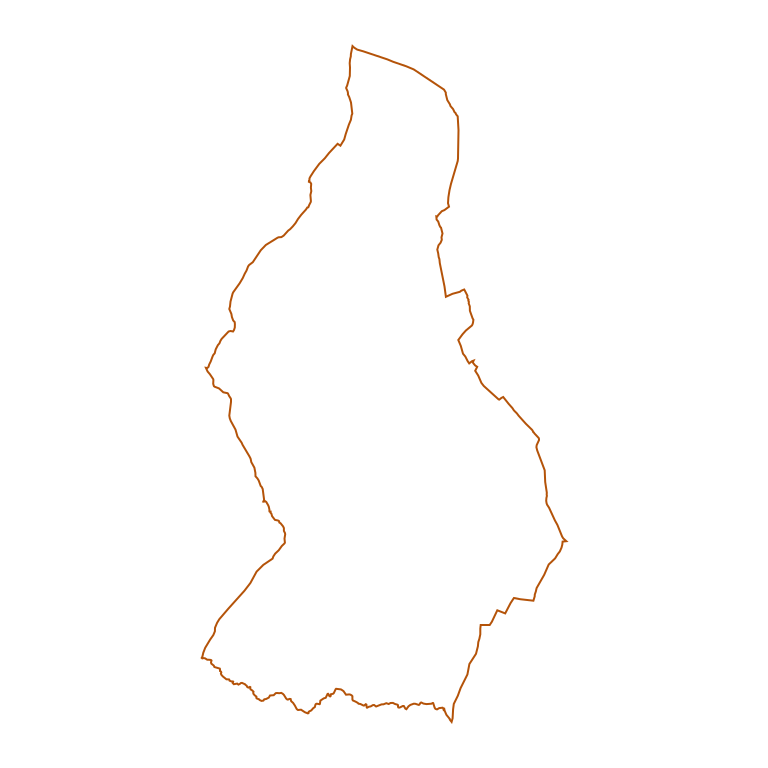 the district of Motavita, Boyacá, Colombia
{"feature_id": "7082276B58425641654458", "entity_name": "Motavita", "entity_type": "district", "adm_level": 2, "iso_a3": "COL", "parent_name": "Colombia", "parent_adm1": "Boyacá", "projection": "natural_earth1", "projection_center": [-73.383, 5.614], "detail": "fine", "context": "isolated", "style": "outline", "palette": "amber", "viewbox_px": 768, "rotation_deg": 0, "n_neighbors": 0, "source": "geoboundaries", "source_scale": "gbopen_adm2", "svg_char_len": 6102}
<svg xmlns="http://www.w3.org/2000/svg" viewBox="0 0 768 768"><path d="M445.8,92.6L444.0,89.6L413.7,69.4L406.3,66.3L393.2,61.8L387.4,59.4L363.2,51.3L357.2,49.6L354.1,47.6L352.5,46.1L350.9,54.0L350.8,56.4L350.1,59.2L349.7,63.2L350.0,67.5L349.8,76.0L347.1,85.7L346.2,87.6L346.2,88.2L347.6,91.3L348.0,93.2L347.9,94.4L349.2,97.0L351.0,102.5L352.3,113.7L351.6,115.4L350.9,119.8L348.9,124.6L345.7,134.1L344.2,139.5L340.4,145.7L337.6,143.8L329.1,152.9L324.8,158.3L319.3,163.8L313.9,171.1L310.5,176.4L309.5,178.3L309.4,180.5L309.0,180.7L308.9,181.8L310.4,182.4L311.2,183.9L310.9,187.8L311.3,191.1L310.4,195.0L310.9,201.0L310.8,201.9L309.2,205.0L308.3,207.3L307.3,207.5L305.9,209.6L301.3,214.7L298.0,219.0L295.5,223.1L292.8,226.4L290.1,229.2L288.2,230.6L283.7,235.6L281.4,237.1L278.5,237.3L277.4,237.8L265.8,245.0L260.8,250.2L252.8,262.2L249.1,265.0L248.1,266.4L246.5,270.6L244.7,273.8L242.8,278.0L239.7,283.2L233.2,292.3L232.6,293.6L230.5,301.6L230.0,306.4L229.3,309.0L231.4,314.0L231.9,317.0L233.2,320.5L234.7,322.1L234.9,324.2L234.8,327.5L234.0,330.0L233.0,331.5L230.6,331.0L228.6,331.5L221.7,338.8L220.5,340.7L219.4,343.4L217.9,345.1L216.6,347.6L215.7,349.4L214.7,353.3L213.3,354.9L212.6,356.4L210.7,361.5L209.2,364.5L208.5,366.9L207.3,368.0L205.9,367.8L207.6,371.5L209.9,374.2L213.2,379.1L213.4,379.9L213.2,383.8L213.9,386.1L214.6,386.7L219.0,388.4L223.3,392.3L227.6,393.2L228.1,393.8L229.2,396.1L230.6,398.2L231.0,399.1L231.0,401.9L229.3,415.6L229.8,418.4L230.8,421.0L235.5,429.6L237.5,436.6L241.7,442.8L242.5,444.7L249.5,456.5L250.6,458.7L251.3,462.1L254.4,467.7L255.4,472.9L255.5,476.3L257.4,478.4L258.7,480.5L260.7,486.0L261.6,486.8L262.7,489.0L264.1,499.8L263.3,501.6L263.8,501.7L265.2,501.2L266.3,502.0L268.2,505.3L268.8,506.8L269.4,509.5L269.4,511.2L269.6,511.6L270.6,511.6L270.6,512.8L271.4,513.7L272.1,516.2L274.4,519.2L275.0,519.9L278.0,520.5L279.1,521.2L279.3,522.5L280.6,523.3L283.1,526.4L283.9,528.1L283.9,530.9L285.0,533.1L285.2,534.3L284.5,538.6L284.9,542.7L284.4,543.5L281.8,546.0L278.7,550.3L275.2,553.6L273.3,556.5L272.6,558.6L263.3,564.9L256.6,571.6L250.4,583.0L244.4,590.8L228.4,608.6L219.3,619.2L217.1,622.8L215.0,627.8L214.9,631.3L213.3,635.1L210.2,639.5L205.2,647.8L203.3,652.7L202.4,656.6L201.7,657.9L202.3,658.4L203.3,658.1L205.0,658.3L207.2,659.7L210.0,659.8L211.3,660.2L211.5,660.5L211.0,662.3L211.3,663.6L213.8,665.6L214.4,667.0L219.8,668.6L220.0,669.1L220.0,671.0L220.9,671.5L221.3,672.3L220.9,673.7L221.4,674.8L222.8,676.4L226.4,679.3L228.9,679.4L229.2,679.5L229.6,680.7L231.7,681.5L232.9,681.4L233.2,681.7L232.7,683.0L233.8,684.2L237.2,683.6L238.4,684.6L239.7,684.0L241.0,683.0L242.0,682.9L245.1,684.3L245.5,684.9L246.7,685.7L247.0,686.7L247.9,687.4L248.4,687.6L249.9,686.9L250.3,687.1L250.3,688.7L250.6,689.4L252.2,690.4L253.5,691.7L253.2,692.8L253.5,693.9L254.7,695.3L256.4,696.6L256.3,697.8L256.7,698.4L259.2,699.4L259.6,700.0L261.5,700.9L263.4,700.6L264.3,699.3L266.1,699.0L268.8,697.6L270.0,695.5L273.7,695.2L275.7,693.2L276.9,693.0L279.3,693.2L281.3,692.9L282.8,693.8L283.9,694.9L286.2,698.6L287.3,699.5L288.2,699.5L289.4,698.9L290.6,699.0L291.2,701.2L293.1,702.9L294.9,705.6L296.7,709.0L297.5,709.7L298.0,710.0L301.0,709.7L305.0,712.3L307.9,713.4L308.5,713.1L308.6,712.0L309.1,711.5L311.3,710.4L313.2,708.2L314.8,707.1L315.5,704.5L316.1,703.9L316.8,703.7L319.6,704.2L319.9,703.9L320.4,700.6L323.7,698.4L325.7,697.8L327.6,693.9L328.1,693.8L329.5,696.2L330.2,696.4L330.7,695.9L330.8,694.3L333.2,693.7L333.8,693.1L335.6,689.3L336.1,688.8L336.9,688.9L340.9,689.4L341.9,690.0L343.5,691.1L346.0,694.7L349.2,694.4L350.3,694.6L351.6,695.3L352.4,696.2L352.4,699.4L352.8,700.4L355.7,701.7L357.8,702.9L358.5,703.7L360.4,704.0L363.4,705.5L364.0,705.6L365.8,704.2L366.4,704.6L366.6,707.0L367.1,707.7L369.0,706.7L370.7,706.4L372.9,705.1L374.1,705.0L376.1,706.5L381.5,704.4L383.5,704.3L386.3,703.2L388.7,704.0L390.5,703.0L392.9,702.9L395.0,704.0L397.5,704.7L398.0,705.2L398.0,706.6L398.3,707.4L399.0,707.6L399.8,707.5L402.8,706.0L403.8,706.0L405.4,708.7L406.4,709.2L408.5,706.3L410.4,704.9L413.8,703.7L415.4,703.8L418.7,704.9L419.3,704.7L420.6,702.7L421.3,702.5L423.5,703.6L426.5,704.1L431.5,703.7L432.6,703.0L433.2,703.1L434.7,707.8L435.5,708.9L437.0,709.4L439.2,708.1L442.6,707.7L443.1,708.1L443.6,709.7L444.3,709.1L444.6,710.6L446.4,714.8L449.8,719.0L449.8,719.6L451.6,721.9L452.6,718.3L453.1,709.3L453.8,703.9L457.8,695.8L460.6,688.1L467.4,674.5L469.4,664.0L476.0,653.8L477.9,646.3L478.3,642.1L479.4,638.7L480.3,634.3L480.3,628.6L480.7,625.0L489.7,625.0L491.9,621.7L497.3,610.3L505.2,613.4L510.5,603.2L513.9,598.0L520.1,599.2L533.4,600.7L534.7,596.4L534.8,594.5L535.8,591.6L536.6,588.1L544.2,574.8L548.7,564.5L555.1,558.4L557.8,554.0L559.8,551.5L561.5,547.7L562.3,544.6L562.6,541.6L566.3,541.2L563.2,538.3L562.1,536.5L557.4,524.9L554.9,520.4L549.1,507.8L547.1,504.7L546.6,503.3L546.2,500.8L546.4,498.0L546.9,495.9L546.7,494.7L546.8,492.6L545.2,482.0L544.7,470.3L537.2,450.4L536.4,447.2L536.7,445.1L539.0,440.1L539.0,439.0L538.7,438.0L534.4,433.4L533.8,432.4L533.3,432.2L532.6,430.6L532.0,429.8L525.8,423.7L518.7,415.8L516.9,413.4L513.9,410.4L512.5,408.2L508.6,403.8L503.2,397.0L501.3,398.0L499.3,399.6L498.6,399.4L483.8,386.0L481.4,382.9L478.2,375.5L475.2,370.8L477.2,366.8L475.1,365.4L473.3,363.2L472.8,362.3L473.6,360.6L472.0,361.2L469.2,363.4L467.7,361.2L465.3,356.5L463.0,353.7L460.8,345.9L458.3,340.0L462.5,334.3L465.9,330.5L471.9,325.5L472.5,324.4L473.0,322.7L473.4,319.7L472.6,318.4L469.9,310.8L469.8,306.3L468.7,303.4L468.9,301.9L468.3,300.7L468.6,299.9L467.2,297.4L467.4,295.6L464.5,290.0L464.2,289.5L461.3,290.7L459.9,291.8L452.5,293.8L445.9,296.8L444.5,286.5L439.8,263.1L439.4,259.1L438.7,257.1L438.2,253.4L437.3,249.6L438.5,245.3L440.6,242.7L441.8,239.8L441.5,237.3L442.5,233.5L441.0,227.6L440.3,227.0L439.4,225.2L438.2,221.5L436.6,219.6L436.3,216.3L437.3,216.5L438.1,215.2L441.8,211.2L444.4,210.1L449.0,206.7L448.0,203.2L448.4,197.2L449.5,190.2L451.0,183.8L457.7,161.1L458.0,158.6L458.5,130.1L457.7,116.3L456.1,114.4L455.6,113.1L454.5,112.1L453.1,109.1L450.5,106.1L449.9,104.3L447.3,100.1L445.8,94.1L445.8,92.6Z" fill="none" stroke="#b45309" stroke-width="2"/></svg>